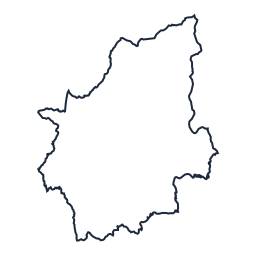 the district of Aileu Vila, Aileu, East Timor
{"feature_id": "22284137B9751791093782", "entity_name": "Aileu Vila", "entity_type": "district", "adm_level": 2, "iso_a3": "TLS", "parent_name": "East Timor", "parent_adm1": "Aileu", "projection": "robinson", "projection_center": [125.556, -8.74], "detail": "fine", "context": "isolated", "style": "outline", "palette": "slate", "viewbox_px": 256, "rotation_deg": 0, "n_neighbors": 0, "source": "geoboundaries", "source_scale": "gbopen_adm2", "svg_char_len": 5771}
<svg xmlns="http://www.w3.org/2000/svg" viewBox="0 0 256 256"><path d="M192.6,69.3L192.0,66.6L192.1,64.1L191.9,61.9L190.6,59.8L191.0,57.5L191.6,56.2L196.3,54.0L197.7,54.1L198.8,52.6L201.1,51.0L201.4,50.3L200.2,44.9L198.3,43.4L197.0,42.0L194.2,33.5L195.3,31.1L194.7,28.0L194.9,26.2L197.0,21.6L197.3,19.9L195.2,18.2L194.3,15.4L193.2,16.4L191.7,17.2L187.5,17.5L185.2,18.3L185.1,19.9L183.2,21.1L181.3,24.5L179.8,24.3L176.2,25.4L174.1,24.9L173.3,25.3L172.0,24.7L171.3,25.6L170.8,25.8L168.7,25.5L166.7,28.0L165.4,29.1L163.3,30.4L161.0,30.4L160.1,31.1L156.5,34.3L154.5,38.2L143.5,39.5L142.1,38.9L141.0,39.0L138.4,42.2L137.7,44.3L137.9,45.5L136.9,46.1L136.1,45.8L134.7,44.5L132.9,44.0L131.9,42.7L130.4,41.3L126.8,40.4L122.3,37.9L120.7,38.3L120.5,40.0L118.6,41.3L117.0,42.8L114.6,47.2L113.2,48.4L112.3,50.5L111.0,51.0L110.8,51.5L110.8,53.2L109.4,56.9L109.6,57.6L110.4,57.8L110.7,58.8L110.4,61.9L110.9,63.2L110.7,64.1L110.9,65.0L109.9,67.9L109.0,68.6L108.2,70.0L107.9,72.1L106.9,73.6L104.8,74.2L104.4,75.3L104.3,77.5L102.9,79.9L102.7,80.8L98.5,84.7L97.6,86.5L96.3,87.5L95.8,87.5L95.3,87.0L93.6,88.6L93.1,89.8L92.6,89.9L91.0,91.8L90.3,92.0L90.1,92.4L90.2,93.0L89.3,93.9L89.3,94.6L88.4,95.6L87.5,95.4L86.6,95.9L84.5,95.5L84.2,95.7L84.4,96.7L84.1,97.1L82.1,97.8L80.5,97.5L79.2,96.4L78.7,96.4L78.1,97.4L76.6,97.9L75.3,96.7L72.8,96.1L71.9,95.4L69.5,92.9L68.6,90.8L67.8,92.2L67.2,94.4L65.9,102.1L65.0,111.3L64.7,111.6L63.1,110.6L62.2,111.4L61.5,111.5L60.1,111.2L59.9,111.6L58.3,110.7L58.3,109.9L57.8,109.2L54.9,110.2L53.7,110.4L51.4,108.7L50.7,108.6L49.4,109.2L48.1,109.0L47.6,108.4L46.8,108.7L46.0,108.5L45.5,109.1L43.7,110.0L39.5,110.7L38.6,111.2L38.2,112.4L42.6,117.9L44.7,118.1L46.4,118.8L48.1,117.9L49.4,118.7L50.8,120.3L52.5,121.3L53.6,123.1L54.8,123.8L56.3,124.0L57.8,125.0L58.3,125.9L57.9,127.9L56.7,128.8L56.0,130.8L57.9,132.0L58.2,132.4L58.2,133.4L57.1,135.8L56.7,136.1L55.7,138.8L54.8,139.7L54.4,140.8L52.8,141.8L53.4,143.0L53.3,143.6L52.3,144.0L53.6,145.4L53.7,147.1L54.4,148.5L53.6,150.8L51.8,152.0L51.0,153.5L47.4,154.0L47.3,154.4L48.1,155.3L47.4,155.8L46.9,157.8L45.7,158.7L45.2,161.8L44.8,162.3L44.0,162.6L42.6,165.0L41.5,165.4L40.4,167.4L39.5,167.8L39.5,169.0L39.3,169.3L38.4,169.1L38.4,169.5L38.8,170.1L39.0,171.3L40.4,172.2L42.4,174.4L43.0,174.5L43.3,175.0L43.1,175.6L43.5,176.4L43.1,178.1L43.4,178.7L43.4,179.9L43.7,181.1L44.4,181.3L44.4,183.1L44.7,183.8L44.3,185.1L45.0,185.5L45.2,186.2L45.9,185.8L46.7,189.6L47.1,190.3L47.1,191.2L47.6,190.9L48.2,189.9L48.5,188.9L49.1,188.2L49.7,188.2L50.7,187.3L51.6,189.1L52.4,189.6L54.3,189.1L55.2,187.7L56.4,188.3L56.9,187.7L58.8,188.7L58.8,188.1L58.3,187.6L59.4,186.9L59.8,187.3L59.7,188.1L60.9,188.6L61.3,189.3L61.3,192.2L61.5,193.2L62.6,193.1L63.0,193.6L64.0,193.5L64.2,194.6L64.8,195.6L64.7,197.4L65.6,197.9L65.9,198.8L67.0,199.5L67.3,200.9L67.1,202.1L67.4,202.6L68.6,203.8L69.9,204.4L71.7,206.6L72.6,209.3L73.5,210.1L73.6,211.7L74.2,212.3L74.6,213.8L73.9,214.8L74.2,215.8L74.0,216.5L73.1,217.3L74.3,220.1L73.7,223.1L74.5,224.8L74.5,226.8L75.5,232.4L76.6,235.1L76.6,238.8L77.0,240.5L78.3,240.6L81.2,239.2L83.0,240.2L84.2,240.1L86.5,238.2L87.0,236.3L86.5,235.2L86.7,234.5L88.2,232.2L89.8,232.9L90.4,234.0L92.7,236.3L95.8,238.1L96.9,238.5L98.7,238.6L100.9,240.3L103.3,239.8L104.7,238.5L105.1,237.4L106.2,236.4L107.1,236.2L108.4,234.4L110.0,233.9L111.8,234.6L112.3,235.1L113.0,235.4L113.3,233.9L112.9,232.1L113.9,230.3L116.1,229.9L118.0,230.0L118.0,228.6L117.8,227.3L117.3,226.6L117.5,226.2L118.4,226.6L119.6,226.5L120.4,225.6L121.5,225.4L121.9,224.7L122.4,224.6L124.0,226.6L125.7,226.6L126.7,227.3L127.8,228.5L128.6,230.2L129.5,231.0L130.3,231.4L130.9,232.3L132.9,231.7L134.1,231.6L135.4,233.0L137.6,233.7L138.6,232.8L138.8,232.2L138.9,229.6L140.3,229.1L141.5,230.0L142.0,228.8L141.3,225.8L140.2,224.1L140.2,223.3L140.6,222.6L141.5,222.0L143.4,222.2L145.1,221.6L146.7,220.6L147.6,219.7L147.7,217.5L148.7,218.1L149.5,216.9L150.2,216.5L150.1,215.0L150.7,213.8L151.1,214.0L151.5,214.8L151.4,215.3L151.8,215.2L152.2,214.4L152.8,214.3L152.8,213.3L153.1,212.6L153.9,212.4L155.5,212.6L155.7,213.2L157.1,213.8L158.2,213.6L158.8,213.8L162.5,212.9L166.3,213.0L168.4,213.5L171.3,213.1L172.4,213.4L173.8,212.9L174.8,211.9L175.2,210.7L175.8,210.4L176.1,210.7L176.1,211.5L176.9,211.4L177.5,211.9L178.1,211.8L177.7,210.3L178.1,207.9L177.8,203.2L176.9,202.4L176.1,201.0L175.6,200.7L175.3,199.2L176.0,198.7L175.2,197.9L175.2,197.6L175.8,197.2L175.6,196.8L176.0,196.1L175.6,195.8L175.7,194.9L175.4,194.5L175.5,193.7L175.2,193.0L175.5,192.5L176.4,192.6L176.6,192.3L175.7,187.9L175.2,187.3L174.5,185.8L173.3,184.5L173.7,181.6L174.5,178.9L174.8,177.9L175.6,177.2L176.4,177.0L177.6,177.7L179.6,178.3L180.4,178.1L184.8,174.7L187.0,174.0L189.0,174.2L190.1,174.8L192.9,177.7L193.4,177.7L194.0,177.0L194.3,175.0L195.1,174.6L195.8,174.8L195.9,176.3L196.3,176.7L197.5,176.5L198.2,176.8L198.5,176.3L198.1,175.2L199.1,175.0L200.3,175.6L199.8,175.8L199.7,176.3L200.1,177.2L200.7,177.4L202.9,176.8L205.7,179.0L206.4,179.1L207.1,176.4L207.8,177.8L208.5,177.6L208.8,176.6L208.2,175.4L208.1,173.5L208.4,173.0L209.6,172.3L209.8,170.9L209.4,169.1L210.2,166.2L209.8,164.0L209.0,164.0L208.7,163.1L209.3,162.1L210.1,162.2L210.4,162.0L210.7,160.9L210.1,159.5L210.2,159.1L213.2,154.7L214.1,154.2L215.0,154.8L215.6,153.5L217.8,153.1L217.0,151.1L215.0,149.1L213.9,148.8L213.1,148.1L212.1,142.8L211.1,141.7L210.6,139.3L210.8,137.1L209.7,134.6L208.4,132.5L208.0,130.6L207.4,130.0L207.8,128.5L204.9,128.5L203.0,127.2L201.9,127.2L198.6,128.9L196.6,132.1L195.7,132.9L194.8,133.2L193.8,132.9L192.2,131.5L189.6,127.2L189.1,123.9L189.4,121.5L192.0,118.7L194.5,113.8L193.9,110.8L192.3,109.7L191.0,101.7L189.7,99.4L188.9,96.2L191.3,91.4L193.0,84.1L192.1,79.7L190.0,76.6L192.7,73.5L192.9,72.2L192.8,71.5L192.4,71.1L192.6,69.3Z" fill="none" stroke="#1e293b" stroke-width="2"/></svg>